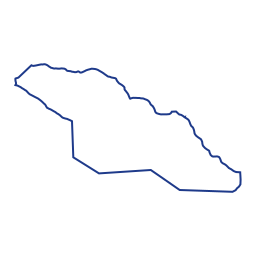 the district of Champen Estate, Anse-la-Raye, Saint Lucia
{"feature_id": "8701671B64921834857972", "entity_name": "Champen Estate", "entity_type": "district", "adm_level": 2, "iso_a3": "LCA", "parent_name": "Saint Lucia", "parent_adm1": "Anse-la-Raye", "projection": "robinson", "projection_center": [-61.03, 13.936], "detail": "fine", "context": "isolated", "style": "outline", "palette": "blue", "viewbox_px": 256, "rotation_deg": 0, "n_neighbors": 0, "source": "geoboundaries", "source_scale": "gbopen_adm2", "svg_char_len": 3819}
<svg xmlns="http://www.w3.org/2000/svg" viewBox="0 0 256 256"><path d="M31.4,65.3L18.4,77.6L15.5,78.5L15.4,78.7L15.4,78.9L15.4,80.0L15.6,81.4L15.9,82.3L16.0,83.3L16.0,83.8L15.8,84.4L15.6,84.7L15.4,85.1L15.7,85.2L17.3,85.5L18.9,86.3L20.6,87.1L21.9,88.1L23.5,89.0L25.1,90.1L26.2,90.7L27.5,92.1L28.7,93.4L29.8,94.3L31.6,95.2L33.5,96.2L35.0,97.0L38.0,98.5L39.9,99.9L40.9,100.7L41.4,101.1L42.7,102.3L44.1,103.7L44.9,104.3L45.5,105.1L45.8,105.6L46.1,106.3L47.1,107.8L48.2,108.3L48.5,108.5L48.8,108.7L49.1,108.8L49.9,109.1L51.0,109.6L53.7,111.2L55.4,112.1L56.7,113.2L57.9,113.9L58.2,114.0L58.4,114.1L58.6,114.3L59.9,115.2L60.6,115.9L61.4,116.6L62.0,117.2L62.8,117.7L63.9,118.1L65.6,118.6L67.1,118.9L68.4,119.5L70.1,120.2L71.8,121.1L72.0,121.2L73.3,157.3L73.6,157.5L99.0,173.4L150.8,170.0L158.2,175.1L179.7,190.0L232.5,191.8L235.6,190.2L237.0,188.3L239.0,186.6L240.4,184.4L240.6,179.7L240.4,175.6L240.2,172.6L240.2,172.3L239.3,172.2L238.7,172.2L238.3,172.2L238.0,172.1L237.2,172.1L236.7,172.0L236.2,172.1L235.8,171.9L235.2,171.7L234.7,171.5L234.3,171.3L234.0,171.2L233.3,170.8L232.9,170.5L232.6,170.2L232.2,170.0L231.7,169.6L231.3,169.3L230.9,169.1L230.3,168.8L229.6,168.4L229.3,168.2L228.8,168.0L228.3,167.4L227.8,166.9L227.2,166.3L226.3,165.4L225.1,164.5L224.0,163.9L222.8,163.3L221.6,162.3L221.1,161.6L220.8,160.6L220.3,159.2L219.7,158.0L219.1,157.1L218.2,156.7L217.0,156.4L215.6,156.5L214.1,156.5L213.1,156.6L212.0,156.2L210.6,154.9L210.2,153.9L209.7,152.8L209.5,152.2L209.2,150.9L208.8,150.5L207.9,150.0L206.6,149.2L205.0,148.0L203.7,146.6L202.9,145.6L202.5,144.2L202.3,143.2L202.2,141.9L201.6,140.5L201.0,139.3L199.9,138.5L198.1,137.3L196.2,135.8L195.1,134.4L194.6,133.5L194.4,132.4L194.2,131.2L194.0,130.2L193.4,128.5L192.9,127.5L192.4,127.0L191.2,125.9L190.5,124.5L190.2,123.8L189.7,122.3L188.9,120.5L188.1,119.5L186.5,118.4L184.7,117.3L184.8,117.0L184.5,117.1L182.9,115.9L181.2,114.9L180.4,114.7L179.3,114.5L178.0,113.4L176.9,112.3L176.0,111.5L171.8,111.7L171.4,112.4L170.8,113.2L170.1,113.7L169.3,114.1L168.3,114.2L167.0,114.3L165.6,114.3L164.6,114.3L163.6,114.3L162.3,114.3L161.2,114.4L160.5,114.3L159.6,114.1L158.4,113.8L157.3,113.4L157.0,113.3L156.9,113.3L156.5,113.1L156.4,113.0L156.0,112.7L155.9,112.6L155.6,112.2L155.3,111.8L155.0,110.9L154.8,110.2L154.4,109.1L153.5,107.3L152.7,106.3L152.7,106.1L152.2,105.7L151.6,105.3L150.7,104.4L150.2,103.5L149.9,102.8L149.2,101.7L148.5,101.0L147.5,100.2L146.4,99.7L145.5,99.4L145.0,99.2L144.4,99.0L143.7,98.6L142.4,98.4L141.8,98.4L140.8,98.3L139.5,98.0L138.5,98.0L137.7,98.0L136.3,97.9L134.6,97.9L133.1,97.8L131.9,98.1L130.9,98.4L130.2,98.7L129.8,98.3L129.7,97.9L129.3,97.1L128.8,95.9L128.3,94.6L127.7,93.5L127.0,92.6L126.4,91.8L125.7,90.9L124.9,90.0L124.6,89.4L124.5,88.9L124.5,88.1L124.5,87.7L124.3,87.2L123.8,86.6L123.0,85.9L122.3,85.3L121.7,84.9L120.9,84.4L120.1,83.9L119.3,83.5L118.6,82.8L118.0,82.1L117.4,81.3L116.9,80.7L116.6,80.0L116.3,79.3L116.1,78.8L115.6,78.4L114.9,78.1L114.3,78.0L113.3,77.8L112.1,77.6L111.2,77.4L110.1,76.9L109.3,76.7L108.3,76.6L107.5,76.2L106.6,75.5L105.3,74.6L104.4,74.0L104.2,73.6L104.3,73.8L102.0,72.3L100.8,71.6L99.2,70.7L97.9,69.9L96.3,69.3L95.0,69.0L93.0,68.8L91.7,68.7L89.9,69.2L88.0,69.7L86.2,70.3L84.7,71.1L83.2,71.8L82.1,72.3L80.9,72.6L80.1,72.5L79.6,72.1L79.0,71.7L78.3,71.4L77.7,71.5L77.3,71.7L76.3,72.1L74.9,72.2L73.6,71.9L72.0,71.7L70.6,71.2L69.9,71.1L69.5,71.1L68.8,71.0L67.7,70.9L67.1,70.7L66.7,70.4L66.4,70.1L65.9,69.5L65.1,69.0L64.5,68.7L63.8,68.6L62.8,68.5L61.5,68.4L60.7,68.5L59.6,68.7L58.7,68.7L58.3,68.7L58.1,68.7L57.7,68.6L57.3,68.6L56.7,68.5L55.7,68.4L54.9,68.5L53.9,68.5L51.0,67.7L50.9,67.7L50.7,67.6L50.1,67.1L49.3,66.7L48.3,65.9L47.1,65.1L46.7,64.9L45.5,64.4L44.2,64.2L42.6,64.5L41.2,64.4L40.0,64.6L39.9,64.7L39.1,64.8L35.9,65.5L33.3,65.9L32.0,65.6L31.4,65.3Z" fill="none" stroke="#1e3a8a" stroke-width="2"/></svg>